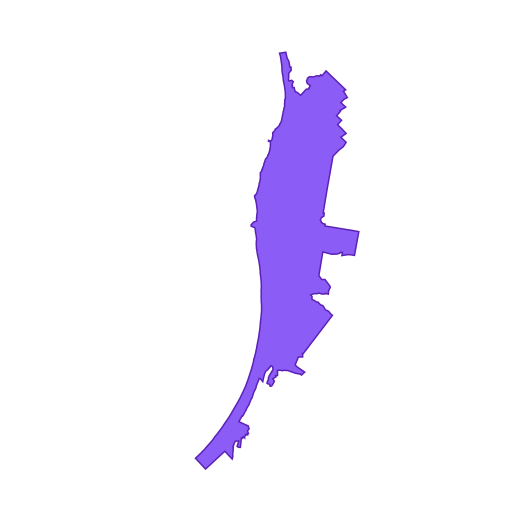 Rojas pag., Rojas, Latvia (Albers equal-area conic projection), rotated 231°
{"feature_id": "27541924B95337165312273", "entity_name": "Rojas pag.", "entity_type": "district", "adm_level": 2, "iso_a3": "LVA", "parent_name": "Latvia", "parent_adm1": "Rojas", "projection": "albers", "projection_center": [22.762, 57.524], "detail": "fine", "context": "isolated", "style": "filled", "palette": "violet", "viewbox_px": 512, "rotation_deg": 231, "n_neighbors": 0, "source": "geoboundaries", "source_scale": "gbopen_adm2", "svg_char_len": 6026}
<svg xmlns="http://www.w3.org/2000/svg" viewBox="0 0 512 512"><g transform="rotate(231 256 256)"><path d="M287.6,397.6L294.9,396.7L294.5,403.2L301.1,402.7L306.7,402.0L307.6,407.9L314.3,406.9L315.0,411.2L315.5,413.0L316.2,413.0L315.2,419.4L321.8,418.5L322.4,422.7L321.7,426.7L329.0,427.7L328.7,430.3L355.8,426.9L355.3,424.8L354.6,420.5L356.2,420.3L355.9,418.5L356.4,418.1L356.9,417.5L357.7,416.9L359.1,413.2L361.0,411.3L361.7,410.3L361.8,407.9L361.5,407.7L360.3,405.5L357.9,404.4L354.2,405.4L354.0,404.3L353.3,403.4L353.4,403.0L352.6,402.1L353.9,400.3L353.8,398.5L352.8,391.8L356.3,391.2L358.1,390.6L358.5,390.0L360.1,390.3L363.0,391.7L363.8,390.3L364.5,390.6L365.4,391.1L365.6,391.8L366.4,391.9L367.6,393.9L368.0,394.7L370.1,394.3L370.3,393.9L370.3,393.5L371.1,392.2L371.7,391.6L377.4,396.5L378.2,400.3L380.8,402.1L381.3,401.1L386.6,404.1L390.1,404.7L395.6,407.4L398.8,401.9L396.1,400.8L389.9,397.2L386.3,394.9L383.1,392.4L378.3,389.8L376.6,388.7L376.0,388.1L369.5,384.7L365.1,382.0L361.6,379.3L360.5,378.3L359.9,377.9L359.5,377.4L359.5,377.0L359.3,376.6L357.9,375.6L357.3,375.0L356.9,374.4L354.4,372.5L353.7,371.6L353.6,371.1L352.2,369.7L351.9,369.1L351.2,368.2L349.9,366.8L349.1,365.7L348.4,365.0L347.7,364.0L346.7,362.9L345.3,361.1L344.8,360.5L343.7,358.5L343.6,358.1L343.8,357.8L342.8,356.4L342.6,354.7L342.3,354.2L342.5,353.7L342.4,353.5L342.3,353.0L342.4,351.8L342.3,351.5L342.5,350.8L342.0,350.3L341.6,349.6L341.6,349.1L341.5,348.7L341.5,348.3L341.3,347.8L341.4,347.5L341.4,346.8L340.8,346.2L340.6,346.0L338.7,344.7L338.4,344.0L338.1,343.7L337.7,343.3L337.0,342.3L336.5,341.9L336.3,341.4L336.0,340.1L336.1,339.8L336.3,339.8L336.3,339.6L337.2,338.8L337.6,338.8L338.0,338.5L337.9,338.4L337.4,337.9L337.0,338.2L337.1,338.6L336.5,339.2L334.6,338.2L331.8,335.8L331.1,335.0L330.5,334.2L329.5,333.2L327.6,330.4L327.2,329.8L327.2,329.1L326.5,328.2L325.9,327.2L325.7,326.7L325.5,325.8L325.6,325.4L325.0,323.8L323.6,321.8L323.1,320.7L321.8,319.3L320.2,316.5L319.5,315.9L319.5,315.7L319.6,315.4L319.4,314.8L318.5,313.9L318.4,313.6L318.4,313.2L318.2,312.7L318.0,312.3L318.0,311.9L317.9,311.6L317.5,311.3L316.6,310.7L316.2,310.2L314.2,308.8L313.5,308.0L313.2,307.8L312.5,306.9L311.7,306.2L311.1,305.4L310.9,304.7L309.9,303.8L309.5,303.2L308.3,301.9L307.7,300.8L306.6,299.6L306.3,298.7L305.6,298.1L304.6,296.5L304.0,295.2L303.8,294.5L303.8,294.2L304.0,293.6L303.6,292.8L303.4,292.7L303.3,292.4L302.4,292.0L302.1,291.7L299.9,291.1L299.2,290.7L298.9,290.4L297.4,289.8L290.4,285.5L289.2,284.4L287.4,282.5L286.0,281.2L285.8,280.9L285.4,280.7L285.3,280.4L285.2,280.3L282.8,278.5L283.9,275.4L283.3,271.8L282.3,271.0L278.7,272.9L277.9,272.6L273.8,270.0L273.0,269.7L268.4,266.9L268.1,266.4L267.0,265.3L265.7,264.3L265.2,263.7L263.8,262.8L261.3,260.9L260.9,260.8L256.3,258.1L250.7,255.3L245.2,252.1L241.4,249.6L239.9,248.4L235.5,245.7L232.3,243.5L229.2,241.2L225.4,237.8L222.7,235.8L221.9,235.0L216.6,230.9L214.7,229.7L210.1,226.0L205.7,221.8L201.8,217.8L197.3,213.5L190.3,205.9L188.0,203.1L186.5,201.3L185.6,200.3L184.9,199.4L184.3,198.9L182.8,196.9L181.4,195.3L178.9,192.0L178.3,191.3L177.4,189.6L176.0,188.1L174.6,186.4L174.2,185.8L172.6,183.6L172.1,182.8L170.1,180.1L169.7,179.3L168.3,177.2L164.7,171.6L161.6,166.4L158.6,160.5L155.5,153.8L153.4,148.7L152.5,146.2L152.0,144.8L149.5,138.4L148.2,134.9L147.0,131.1L145.8,126.9L144.3,122.4L143.0,117.4L142.9,116.7L142.3,114.7L141.6,111.2L141.6,110.9L141.2,109.4L140.5,107.3L140.1,105.5L139.3,101.0L138.9,98.3L138.6,97.2L138.5,96.0L138.2,94.9L137.8,90.7L137.4,89.0L137.4,87.2L137.1,85.0L137.1,83.2L137.0,82.7L136.9,82.6L136.9,81.7L122.2,82.7L123.9,108.9L113.2,109.7L114.4,111.5L117.3,113.7L118.8,115.5L121.1,117.4L121.9,118.3L122.3,118.1L125.1,123.2L123.2,126.2L122.9,126.1L121.9,124.4L120.0,121.5L118.4,121.9L117.1,123.4L123.5,129.8L123.1,129.9L122.9,130.2L123.3,130.9L123.3,131.1L123.5,131.4L123.6,131.6L123.5,131.9L123.5,132.1L123.1,132.1L123.2,132.3L123.1,132.5L122.6,132.4L122.5,132.7L122.2,132.6L122.1,132.8L121.9,132.8L122.5,133.3L122.9,133.9L123.7,135.6L122.9,136.0L122.2,136.9L123.5,137.5L122.8,138.4L125.4,139.3L126.1,142.0L126.9,142.2L127.6,142.3L128.6,143.1L137.9,138.5L139.0,140.8L140.4,144.3L140.5,144.6L140.0,144.8L140.3,145.8L140.9,147.4L141.4,148.4L141.6,148.7L142.6,151.5L143.3,152.7L144.0,154.3L144.3,155.5L144.9,157.0L145.8,158.5L147.7,162.0L147.9,162.6L148.0,163.2L151.4,168.4L153.2,172.4L154.9,174.6L157.7,179.7L158.9,181.5L157.8,182.2L154.1,182.2L156.2,184.7L159.2,188.8L160.3,191.1L160.2,193.8L161.0,196.2L160.6,196.3L161.3,198.7L159.5,199.2L157.1,197.9L154.6,190.8L153.9,189.8L153.6,189.0L152.3,188.0L151.7,187.1L151.6,186.5L150.4,184.5L149.3,184.7L148.5,185.4L147.5,185.7L145.9,185.0L145.1,186.4L146.4,190.0L146.5,190.0L147.1,191.5L150.0,191.8L149.5,195.5L150.7,196.0L149.6,197.5L153.2,200.5L153.6,200.6L152.3,202.7L150.2,204.3L150.0,205.3L146.9,208.7L140.3,212.7L135.8,216.4L135.7,216.3L135.0,216.3L134.8,216.4L134.8,216.6L134.9,217.0L134.9,218.0L135.1,219.0L135.0,219.8L135.1,220.8L143.1,218.4L144.7,218.0L146.8,218.0L150.6,225.0L150.8,225.3L148.2,228.8L150.3,230.3L150.2,230.3L152.3,239.2L153.2,242.6L155.3,251.5L156.0,254.2L161.8,278.1L164.0,277.6L166.5,277.7L167.6,277.5L168.7,277.1L169.5,276.5L170.5,276.1L175.4,276.8L177.3,275.5L179.6,275.2L180.7,275.4L182.4,274.0L184.6,273.4L187.0,272.2L189.2,274.0L190.6,274.2L191.3,274.0L190.9,275.8L189.4,278.6L188.5,279.2L187.9,280.7L187.2,282.0L185.3,282.9L184.0,284.5L182.9,286.1L183.3,286.4L180.8,288.2L183.2,290.4L183.7,291.6L184.2,292.2L184.1,292.3L184.9,294.0L186.0,294.5L194.4,294.8L196.3,292.3L201.2,292.5L217.1,310.5L209.5,316.1L208.9,317.3L208.7,317.3L206.5,320.2L205.5,322.7L205.7,324.0L205.3,324.1L204.3,325.4L202.3,323.0L200.4,326.3L198.9,328.7L197.1,330.6L194.5,332.9L210.2,351.2L213.9,348.1L235.9,328.5L236.6,329.0L237.1,329.8L240.0,328.0L240.4,328.3L241.0,328.1L241.3,328.1L241.9,328.5L243.3,328.4L244.5,330.5L244.5,332.0L244.8,332.2L244.4,333.0L244.3,333.9L246.4,336.0L247.2,335.3L262.7,352.8L285.1,378.6L286.1,387.0L286.0,392.7L287.6,397.6Z" fill="#8b5cf6" stroke="#5b21b6" stroke-width="1.5"/></g></svg>